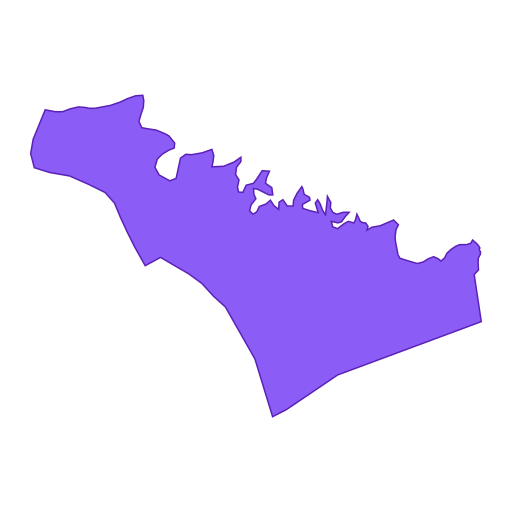 Sabak Bernam, Selangor, Malaysia (Mercator projection)
{"feature_id": "92858781B3591974516081", "entity_name": "Sabak Bernam", "entity_type": "district", "adm_level": 2, "iso_a3": "MYS", "parent_name": "Malaysia", "parent_adm1": "Selangor", "projection": "mercator", "projection_center": [101.106, 3.678], "detail": "fine", "context": "isolated", "style": "filled", "palette": "violet", "viewbox_px": 512, "rotation_deg": 0, "n_neighbors": 0, "source": "geoboundaries", "source_scale": "gbopen_adm2", "svg_char_len": 2263}
<svg xmlns="http://www.w3.org/2000/svg" viewBox="0 0 512 512"><path d="M393.6,220.0L380.1,225.8L371.9,227.2L367.0,230.1L368.0,226.3L365.6,222.9L363.6,222.9L360.3,221.4L356.9,214.2L355.4,220.0L354.0,222.9L348.2,221.4L343.8,223.9L337.5,228.7L332.7,226.8L331.3,221.4L338.0,222.9L341.4,221.9L345.3,216.6L349.1,212.3L343.3,212.3L336.6,214.2L332.7,212.3L330.3,207.9L330.8,202.6L327.4,196.3L326.9,202.6L325.5,214.7L322.6,210.3L320.2,204.0L317.7,199.7L315.3,203.1L318.2,212.7L308.6,210.3L302.8,208.4L302.3,204.5L310.0,200.2L309.5,197.3L304.2,194.4L302.8,188.6L301.8,186.6L297.0,193.4L293.6,200.2L293.1,206.0L287.3,206.0L282.9,199.7L279.1,202.1L278.6,209.4L273.8,205.5L270.4,200.2L266.0,204.0L259.3,206.5L256.8,211.8L253.0,214.2L249.6,210.8L251.0,205.0L255.9,198.7L253.9,194.4L253.5,188.6L257.3,189.1L268.9,194.9L272.8,194.9L271.8,187.6L265.5,183.3L266.5,177.9L269.4,171.2L262.2,170.7L256.8,178.9L253.5,183.3L246.2,185.2L242.8,192.4L238.5,192.0L237.5,187.1L239.0,179.9L235.6,174.6L236.5,167.3L240.9,161.5L240.9,157.2L234.1,162.0L223.5,166.3L211.9,166.8L212.9,162.5L213.8,155.7L211.9,149.4L202.2,152.8L191.6,154.7L185.8,154.3L180.5,158.1L178.1,169.2L176.1,178.4L169.8,180.8L159.2,175.0L154.9,167.3L157.3,159.1L162.1,154.3L168.4,150.4L174.2,148.0L174.7,143.1L168.9,135.9L165.5,134.0L156.3,130.1L146.7,128.6L141.8,127.7L138.9,121.4L140.9,114.6L143.3,107.4L143.8,100.6L142.8,95.3L135.5,95.8L127.3,98.7L120.1,102.1L110.4,105.4L94.9,108.3L89.6,108.3L84.8,107.4L78.5,106.9L70.3,108.8L62.6,111.7L55.3,111.7L45.2,109.8L33.1,139.4L30.7,153.6L34.3,167.7L49.6,172.5L69.7,176.0L88.5,184.3L105.1,192.5L114.5,203.1L120.4,217.3L127.5,232.6L134.6,246.8L145.2,265.7L160.5,257.4L188.8,273.9L201.8,283.4L213.6,296.3L225.4,307.0L254.9,358.9L272.6,416.7L286.4,409.6L337.7,374.9L481.3,321.6L481.2,321.1L474.2,274.6L478.5,269.9L478.1,262.9L478.3,258.3L479.5,255.9L480.3,254.3L480.5,252.0L479.1,249.4L479.9,248.0L478.3,245.4L476.9,243.8L472.6,240.0L472.4,240.3L470.9,243.2L466.6,244.6L459.8,244.6L456.0,246.1L451.6,249.0L446.8,253.3L444.8,257.7L441.0,261.1L438.1,258.7L433.7,256.7L428.4,258.7L423.1,262.0L417.3,263.5L412.0,262.0L405.7,260.1L399.9,258.2L398.0,254.8L395.5,241.7L395.1,236.9L396.0,229.7L398.4,224.8L396.0,222.4L393.6,220.0Z" fill="#8b5cf6" stroke="#5b21b6" stroke-width="1.5"/></svg>